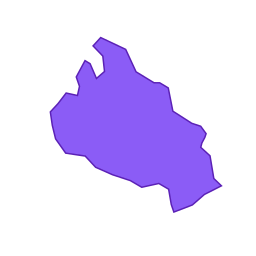 map outline of Beverinas (Mercator projection), rotated 251°
{"feature_id": "LVA-5783", "entity_name": "Beverinas", "entity_type": "Municipality", "adm_level": 1, "iso_a3": "LVA", "parent_name": "Latvia", "parent_adm1": "", "projection": "mercator", "projection_center": [25.601, 57.529], "detail": "fine", "context": "isolated", "style": "filled", "palette": "violet", "viewbox_px": 256, "rotation_deg": 251, "n_neighbors": 0, "source": "natural_earth", "source_scale": "10m", "svg_char_len": 658}
<svg xmlns="http://www.w3.org/2000/svg" viewBox="0 0 256 256"><g transform="rotate(251 128 128)"><path d="M141.3,56.0L155.2,57.3L168.5,59.8L173.8,69.7L181.2,80.9L175.2,90.8L183.2,95.7L193.1,95.7L205.7,109.3L201.1,113.1L185.1,114.3L189.1,124.2L204.2,127.6L217.0,121.7L222.4,131.6L203.1,151.4L178.5,153.9L162.3,167.3L160.4,172.7L152.8,179.1L129.3,175.9L111.7,189.8L106.0,197.3L97.2,200.0L94.0,197.5L89.8,193.0L86.0,190.5L75.0,196.5L52.3,192.7L42.9,197.5L40.3,178.6L34.3,163.8L33.6,144.0L41.6,144.0L56.9,146.5L65.5,139.1L67.5,121.7L77.5,113.1L88.8,98.2L101.4,84.6L115.4,78.4L124.5,60.9L141.3,56.0Z" fill="#8b5cf6" stroke="#5b21b6" stroke-width="1.5"/></g></svg>